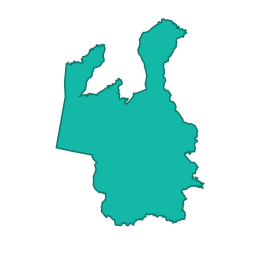 outline of Poxoréu, Mato Grosso, Brazil, rotated 350°
{"feature_id": "56859067B72857844459056", "entity_name": "Poxoréu", "entity_type": "district", "adm_level": 2, "iso_a3": "BRA", "parent_name": "Brazil", "parent_adm1": "Mato Grosso", "projection": "robinson", "projection_center": [-54.104, -15.809], "detail": "fine", "context": "isolated", "style": "filled", "palette": "teal", "viewbox_px": 256, "rotation_deg": 350, "n_neighbors": 0, "source": "geoboundaries", "source_scale": "gbopen_adm2", "svg_char_len": 5811}
<svg xmlns="http://www.w3.org/2000/svg" viewBox="0 0 256 256"><g transform="rotate(350 128 128)"><path d="M68.7,141.0L69.3,140.8L70.2,141.5L88.2,148.4L87.8,149.8L88.2,151.9L91.1,156.6L90.8,157.2L88.9,158.5L89.4,163.4L85.5,169.9L84.9,174.9L84.0,177.4L84.1,178.9L84.7,180.2L84.5,181.2L86.7,184.5L87.8,185.2L88.3,186.5L90.3,186.5L91.6,187.7L92.7,187.4L93.1,188.1L94.7,188.7L94.2,189.9L94.2,192.0L93.3,194.3L92.1,195.5L89.7,197.0L89.1,199.6L88.1,200.8L88.2,203.0L87.4,205.4L90.6,211.6L91.4,212.2L92.1,211.7L92.2,210.9L92.7,210.6L93.5,210.9L95.7,212.8L96.9,215.2L97.6,215.3L98.2,215.9L98.9,217.8L98.7,218.4L99.0,221.3L104.1,222.8L105.6,221.6L105.4,220.7L106.5,220.5L108.0,221.6L108.6,221.1L109.2,221.4L109.7,223.7L110.0,224.0L111.9,223.8L113.1,222.0L114.3,222.1L115.6,223.9L116.7,224.4L118.0,221.6L119.8,220.9L120.1,219.7L121.8,220.2L123.5,220.0L124.0,219.3L124.7,220.5L126.1,220.9L126.7,220.5L126.9,219.6L128.0,219.3L129.0,218.3L130.2,218.3L130.5,216.5L131.8,215.8L133.4,217.1L135.0,216.7L137.1,216.9L138.2,218.7L139.7,217.7L140.3,219.7L141.1,220.0L141.4,220.7L143.0,219.5L146.3,220.4L146.7,220.0L147.2,220.5L146.7,221.6L150.0,222.3L149.5,224.5L150.3,225.9L152.2,225.5L152.8,225.7L153.0,226.4L154.3,227.3L154.9,226.8L155.5,226.9L156.0,229.3L157.8,229.0L158.6,228.5L158.6,229.0L159.5,228.9L160.2,227.9L163.0,227.8L165.2,227.1L167.5,227.6L168.3,226.6L168.7,224.7L169.5,223.3L169.1,222.1L169.2,220.7L168.3,219.9L168.4,219.4L167.6,217.7L167.0,217.8L168.2,216.2L168.5,214.5L169.6,212.3L169.1,210.2L171.5,208.5L172.9,208.3L173.3,207.7L172.4,207.1L171.8,204.4L170.5,203.0L170.7,201.8L170.4,201.2L169.8,201.1L169.4,199.8L172.1,197.8L173.5,198.5L174.4,198.5L178.0,196.5L179.1,196.7L180.1,195.5L181.0,196.4L183.0,196.4L184.4,197.3L186.0,196.8L186.8,198.3L187.4,198.7L188.5,198.6L191.1,200.0L190.8,198.3L189.6,198.3L188.6,197.6L190.8,197.3L192.9,195.9L192.5,195.3L190.2,195.2L190.0,194.7L190.3,194.1L189.1,193.3L188.4,192.3L186.0,191.7L187.9,189.5L187.5,189.2L187.0,189.3L186.1,188.2L184.6,189.8L182.5,189.1L182.6,188.3L183.2,188.2L183.8,187.2L183.0,186.3L183.6,184.4L184.7,184.3L185.3,183.7L186.3,184.5L187.5,181.4L190.1,178.9L187.9,174.2L187.0,173.3L184.4,173.0L182.2,169.7L181.5,168.1L181.0,168.1L180.5,167.5L179.7,164.8L179.1,164.5L179.5,164.0L179.5,162.6L181.9,162.9L183.7,161.6L184.2,161.7L183.7,163.9L184.1,164.3L184.8,164.4L185.4,163.2L186.3,162.5L189.5,162.8L190.7,159.6L190.4,157.1L191.3,154.4L194.1,152.9L193.0,151.2L192.3,151.2L191.5,150.2L192.2,149.1L193.5,149.1L194.5,148.6L195.3,144.2L196.0,142.9L194.4,137.6L191.6,135.3L190.0,134.6L188.2,134.7L186.5,133.1L183.8,131.8L183.3,131.0L183.4,129.2L182.6,126.9L181.6,125.8L181.6,124.5L179.4,120.5L178.0,119.5L178.2,118.5L177.7,117.6L178.9,115.7L178.3,112.2L176.8,110.0L174.6,109.1L174.0,107.9L174.4,105.7L175.1,103.9L176.0,103.5L175.9,102.7L175.2,100.9L174.6,100.3L174.3,98.8L171.8,97.1L171.2,97.4L170.2,94.9L170.2,93.0L171.1,91.8L171.0,91.0L173.3,87.8L172.9,85.0L171.8,83.3L172.0,82.2L173.3,80.7L173.2,79.0L173.6,78.2L173.3,77.7L173.8,76.2L173.4,75.0L173.4,73.8L174.2,72.0L174.3,70.5L174.8,70.1L177.1,69.7L178.0,68.7L178.9,69.3L179.3,69.0L180.3,65.2L181.0,65.3L181.3,64.7L182.6,64.4L182.9,63.7L183.6,63.3L183.9,62.0L185.6,61.0L185.4,60.2L186.0,59.1L187.7,58.2L188.3,57.2L189.3,56.7L189.9,55.3L190.1,53.1L190.7,52.8L190.8,49.8L191.6,48.4L197.7,47.3L198.2,47.9L199.5,45.8L199.5,45.1L200.7,45.0L201.0,44.5L202.0,44.7L202.0,43.9L201.3,43.7L201.0,43.1L201.9,42.0L201.5,41.5L199.4,41.4L198.7,39.8L196.2,39.7L195.8,39.3L195.5,36.9L195.1,36.5L194.1,37.3L194.1,38.4L193.4,38.1L193.5,34.8L192.3,33.8L192.0,32.8L190.7,32.4L190.2,32.9L190.1,31.0L189.6,30.3L188.1,29.5L187.3,29.5L186.1,28.6L182.9,28.1L182.0,26.8L181.1,26.7L180.0,27.1L179.7,29.3L179.3,30.1L177.9,29.6L177.5,29.0L175.8,29.5L175.8,31.1L173.3,31.6L172.0,32.5L169.7,33.3L166.2,35.9L162.0,37.0L160.1,36.6L158.7,37.4L156.1,41.3L154.8,42.6L154.5,44.1L154.8,45.8L153.1,50.4L152.4,50.8L152.2,51.7L151.3,52.9L151.6,54.0L151.4,56.3L153.2,59.8L153.9,63.9L155.1,66.2L155.3,68.7L155.0,70.3L155.6,74.9L155.5,80.1L153.7,85.4L152.9,86.7L152.6,90.2L153.3,93.1L141.9,95.4L139.5,94.8L139.3,96.4L138.3,98.2L133.9,102.3L132.7,102.5L131.4,103.8L129.5,103.8L129.7,103.0L129.0,101.8L131.0,101.2L132.6,100.1L133.2,99.4L132.7,98.8L131.2,98.7L130.7,99.3L129.8,99.3L129.7,97.9L127.6,97.5L127.1,97.5L126.2,98.4L124.8,98.2L124.8,95.7L125.5,94.2L125.3,92.3L124.4,92.0L124.7,90.5L125.3,90.5L125.6,89.9L125.4,86.2L127.3,84.1L128.6,84.3L129.7,83.4L129.9,82.3L129.7,79.9L129.2,79.3L128.5,79.3L128.1,78.1L127.4,77.8L126.9,77.8L126.5,79.4L125.5,79.0L124.4,79.2L124.4,80.1L123.1,82.4L120.4,81.9L120.1,83.4L119.6,83.6L117.7,82.9L117.0,83.3L116.4,84.6L116.3,83.7L115.5,83.9L111.2,86.1L105.0,88.4L102.8,89.9L102.8,90.5L102.1,89.8L98.8,88.2L98.3,88.7L97.0,88.4L96.9,87.7L96.3,87.2L94.1,88.0L94.3,89.0L94.0,89.7L93.3,89.7L93.5,88.9L93.1,88.2L92.2,88.6L91.9,88.0L90.7,87.7L86.2,88.1L92.5,82.8L93.8,79.9L94.7,76.1L97.6,72.4L98.8,71.7L100.2,71.7L101.0,70.9L101.9,69.5L102.2,67.5L103.1,66.7L104.5,63.5L105.9,62.8L109.7,62.4L111.8,61.5L114.2,58.8L115.9,58.0L116.4,55.3L115.9,53.9L116.2,51.9L116.8,50.1L117.5,49.5L119.1,45.9L118.8,42.8L119.2,42.2L118.7,41.7L118.3,42.4L117.1,42.5L116.5,41.9L116.8,41.3L116.2,41.2L115.0,42.4L113.7,42.8L113.5,41.3L112.0,41.9L112.0,41.1L111.6,40.8L110.7,42.2L108.3,43.2L107.6,44.3L106.8,43.8L106.9,44.6L106.4,44.8L105.8,44.0L105.0,43.9L104.3,45.2L103.6,45.0L103.3,46.5L102.0,48.2L99.3,49.8L95.8,50.2L95.2,51.6L94.0,52.4L94.2,53.2L95.1,54.0L94.6,54.7L95.1,55.2L93.6,56.0L91.6,55.3L90.4,54.1L88.7,54.8L88.5,54.2L87.8,53.9L87.4,54.5L86.8,54.3L86.7,53.1L85.9,53.3L85.3,54.9L84.3,54.8L83.4,54.2L83.5,55.3L83.0,56.0L82.6,56.0L81.3,54.5L80.7,54.6L79.8,54.1L79.9,53.4L78.9,54.4L78.4,54.2L73.5,72.4L71.8,86.3L54.0,134.9L68.7,141.0ZM116.3,83.7L116.1,82.9L115.6,83.0L116.3,83.7Z" fill="#14b8a6" stroke="#0f766e" stroke-width="1.5"/></g></svg>